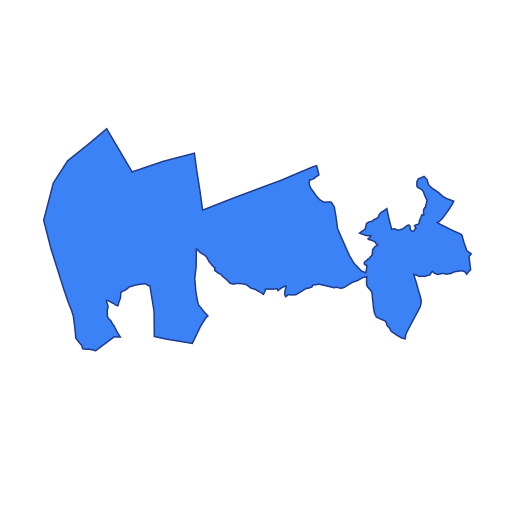 outline of Oru East, Imo, Nigeria, rotated 96°
{"feature_id": "59680162B91755424681987", "entity_name": "Oru East", "entity_type": "district", "adm_level": 2, "iso_a3": "NGA", "parent_name": "Nigeria", "parent_adm1": "Imo", "projection": "mercator", "projection_center": [6.961, 5.722], "detail": "fine", "context": "isolated", "style": "filled", "palette": "blue", "viewbox_px": 512, "rotation_deg": 96, "n_neighbors": 0, "source": "geoboundaries", "source_scale": "gbopen_adm2", "svg_char_len": 5069}
<svg xmlns="http://www.w3.org/2000/svg" viewBox="0 0 512 512"><g transform="rotate(96 256 256)"><path d="M366.4,418.7L366.5,414.3L366.1,412.4L366.4,409.6L367.0,405.6L351.2,388.6L350.8,382.5L346.3,386.0L343.8,387.6L341.6,389.1L340.3,389.9L339.2,391.0L337.9,392.0L335.3,393.8L334.3,395.4L333.5,396.4L331.3,397.5L328.5,397.9L325.6,398.2L324.0,398.0L322.3,397.8L320.8,398.1L318.8,399.0L316.2,400.3L315.7,399.5L315.7,398.6L316.3,397.4L317.1,395.5L318.3,392.3L319.0,391.1L319.6,389.8L320.0,388.3L319.1,387.9L316.4,387.6L313.9,386.9L312.4,386.6L311.8,386.4L311.0,386.4L309.2,386.5L307.4,386.6L306.4,386.6L305.0,385.0L303.9,382.9L301.8,380.4L299.7,378.7L299.5,377.1L297.6,373.3L296.2,368.1L295.5,364.8L295.2,362.7L296.8,360.0L296.7,358.4L321.7,351.6L346.7,348.7L347.9,338.3L348.6,327.2L349.0,319.8L349.6,310.2L332.5,304.1L328.2,302.2L325.3,300.6L322.6,299.3L320.6,297.6L316.9,301.9L313.5,305.1L310.9,307.9L307.8,309.2L297.3,312.2L284.5,314.6L272.8,314.4L268.7,314.8L255.3,316.0L255.6,315.0L258.2,312.1L259.9,308.8L260.5,307.0L262.4,304.8L266.4,302.2L270.3,298.1L272.3,295.5L273.1,295.8L274.7,295.5L277.3,291.2L277.7,289.3L279.7,287.1L283.3,281.8L285.8,279.1L286.4,275.8L285.2,271.7L285.0,267.0L285.5,262.5L287.8,258.8L288.6,257.2L289.2,253.4L290.6,250.6L292.1,246.5L293.1,245.5L293.4,244.6L290.6,243.5L287.9,243.0L287.1,235.0L286.3,231.6L288.1,230.6L284.9,227.1L282.6,223.3L284.1,222.9L287.1,223.5L290.2,223.5L291.8,223.2L293.4,222.2L291.1,219.8L290.9,215.6L290.3,212.2L282.9,202.6L282.6,200.5L281.8,199.2L281.1,197.3L278.9,196.3L278.2,192.9L277.4,190.7L279.4,174.8L278.7,173.0L279.2,167.9L278.2,165.3L272.1,157.4L270.5,153.9L269.5,151.9L267.4,149.1L266.3,147.4L265.1,143.7L268.1,143.6L273.0,143.0L275.1,141.8L277.8,138.8L279.8,137.2L281.7,136.5L285.1,135.9L287.6,135.4L291.7,134.4L294.2,134.0L296.8,133.3L298.9,132.7L300.1,132.3L302.7,130.8L303.3,130.5L303.7,130.2L304.2,129.6L304.6,128.5L305.5,126.0L306.3,123.4L306.8,121.7L307.4,120.5L308.3,119.7L310.1,119.0L310.9,118.6L311.8,118.0L312.6,117.1L313.4,116.1L314.3,115.3L315.3,114.7L316.3,114.1L317.3,112.8L318.6,110.2L320.1,107.6L321.1,105.3L322.4,102.4L322.5,101.1L322.8,98.9L322.4,98.9L319.1,98.9L315.7,98.0L306.7,94.4L302.3,92.6L291.3,88.1L288.6,87.2L285.6,87.0L282.9,87.0L279.1,88.4L272.1,91.3L265.4,93.9L261.3,95.8L257.8,97.1L258.3,94.1L259.3,91.5L258.8,88.8L258.7,86.0L257.7,84.0L256.7,81.2L254.2,79.9L252.9,79.1L254.3,76.9L255.4,73.6L255.3,72.7L254.7,71.6L253.7,68.0L254.2,64.8L252.8,59.9L252.1,59.0L250.9,56.8L250.4,54.8L249.7,52.3L249.3,50.2L249.4,47.9L249.9,46.6L251.2,45.4L252.1,44.6L249.2,42.7L247.2,41.1L234.4,44.1L231.3,42.2L228.8,46.8L221.1,50.5L213.8,53.3L213.0,54.3L212.2,56.5L210.2,62.8L207.2,70.7L205.8,74.6L203.9,79.3L202.4,77.3L199.5,74.8L196.0,72.7L189.1,68.7L183.2,65.9L180.8,65.1L178.8,72.9L176.8,77.0L174.1,80.6L171.3,85.6L170.3,87.7L167.9,91.1L166.1,92.4L162.3,93.8L159.3,97.2L161.8,101.5L162.3,102.6L163.4,103.0L165.2,103.7L168.0,103.5L170.0,103.2L171.3,101.5L172.1,99.1L173.6,97.0L175.5,95.8L178.3,94.5L181.8,92.3L182.4,91.5L183.6,91.9L184.2,92.1L185.1,91.9L186.9,92.2L188.4,92.6L189.9,92.5L190.2,93.1L190.7,93.5L192.1,94.0L194.1,94.1L196.4,93.8L197.7,93.4L197.8,94.0L197.8,95.5L201.1,96.1L202.0,96.7L204.8,97.3L206.5,97.1L207.6,98.3L208.4,100.3L209.2,101.5L210.9,100.5L211.8,99.7L212.6,100.8L214.7,101.6L215.0,103.8L213.5,105.2L212.1,105.7L210.4,105.8L209.4,106.6L209.2,107.6L210.3,109.4L211.9,110.9L213.9,113.2L215.4,117.1L215.1,119.0L214.4,121.1L215.2,123.9L203.5,128.2L195.2,130.8L198.0,134.1L199.4,136.0L202.4,138.0L204.6,138.3L206.1,140.0L207.4,142.5L209.3,144.2L209.9,146.1L210.6,147.7L212.1,149.5L216.4,150.0L218.3,150.7L220.3,153.1L222.4,155.4L223.1,152.9L223.5,151.2L223.9,149.6L224.2,147.7L224.0,145.9L223.8,143.9L224.6,144.1L226.1,145.0L226.7,145.8L227.2,146.4L227.5,146.2L227.8,145.6L228.0,144.5L228.0,143.5L228.5,142.4L228.7,141.2L229.0,140.3L229.4,139.5L230.2,138.5L230.8,138.2L231.4,137.6L231.4,137.0L232.0,136.2L232.7,136.6L233.2,137.1L233.8,138.1L234.9,139.1L236.5,140.1L237.7,140.7L239.5,140.6L241.3,140.6L241.7,140.2L242.2,140.6L243.1,140.8L243.7,141.1L244.4,141.8L245.0,142.3L246.2,142.8L246.7,143.1L247.0,143.7L247.3,144.4L248.0,144.8L248.9,145.5L249.5,146.3L250.2,147.1L250.8,147.4L251.9,147.6L252.5,147.4L253.2,146.9L253.4,146.3L253.7,145.4L253.8,144.7L258.1,144.8L260.0,144.9L261.2,145.1L260.9,145.9L260.3,148.2L260.1,149.1L259.2,150.4L255.7,154.6L253.7,157.0L252.0,158.6L249.1,160.7L246.4,162.8L220.4,177.7L209.1,180.4L198.9,183.3L194.5,186.9L194.6,189.0L195.4,193.5L194.6,196.0L193.2,198.7L189.4,202.8L186.6,205.2L183.9,207.6L182.9,208.5L181.0,209.7L179.3,210.5L177.5,210.7L175.8,210.7L174.7,210.8L174.6,209.5L172.6,206.0L171.1,204.9L170.0,203.3L168.8,201.9L159.8,205.1L161.3,208.6L167.4,219.8L178.5,239.8L185.1,253.2L200.0,283.1L208.5,299.6L216.0,313.9L199.3,318.0L173.6,324.8L160.2,328.0L171.4,357.9L185.3,388.0L145.0,417.8L161.2,433.3L181.0,453.3L204.6,465.2L242.7,470.9L270.4,460.6L309.8,443.4L322.2,437.6L330.0,433.5L334.9,431.4L344.5,429.1L354.4,427.0L356.7,426.5L359.5,423.8L363.4,419.8L366.4,418.7Z" fill="#3b82f6" stroke="#1e3a8a" stroke-width="1.5"/></g></svg>